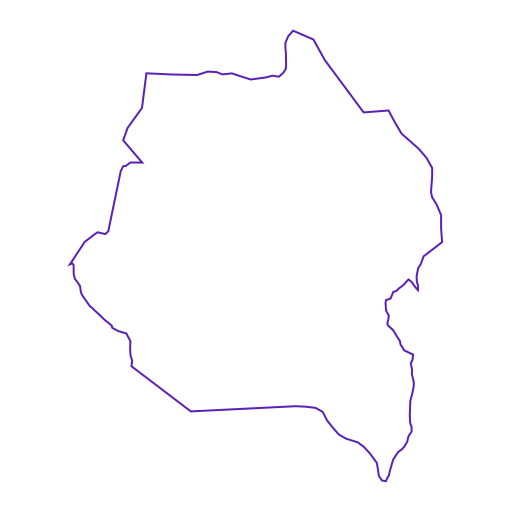 the district of Tanetze de Zaragoza, Oaxaca, Mexico
{"feature_id": "50627088B89578297577664", "entity_name": "Tanetze de Zaragoza", "entity_type": "district", "adm_level": 2, "iso_a3": "MEX", "parent_name": "Mexico", "parent_adm1": "Oaxaca", "projection": "albers", "projection_center": [-96.29, 17.383], "detail": "fine", "context": "isolated", "style": "outline", "palette": "violet", "viewbox_px": 512, "rotation_deg": 0, "n_neighbors": 0, "source": "geoboundaries", "source_scale": "gbopen_adm2", "svg_char_len": 1864}
<svg xmlns="http://www.w3.org/2000/svg" viewBox="0 0 512 512"><path d="M442.1,242.1L441.1,228.4L441.1,215.1L436.6,204.5L432.1,197.2L431.0,192.1L432.1,177.5L432.2,168.1L426.6,158.0L418.7,148.8L401.6,133.7L394.6,121.9L388.6,110.5L363.6,112.4L325.2,60.6L325.0,60.4L313.4,39.5L293.1,30.7L288.3,36.1L285.4,42.7L285.4,47.5L285.9,53.6L286.1,64.6L285.9,68.6L283.3,72.8L278.9,76.7L272.6,75.7L266.1,77.4L250.7,79.5L242.2,76.8L231.9,73.4L222.4,74.4L216.7,72.1L207.7,71.6L197.1,75.0L172.2,74.5L146.4,73.3L142.0,107.9L127.6,127.9L123.2,140.3L142.2,162.6L130.5,162.5L125.8,165.9L123.1,166.3L120.7,171.3L108.3,231.2L105.3,234.1L97.7,232.3L94.4,234.4L84.7,241.9L69.9,264.4L72.3,263.4L73.6,265.0L73.7,273.9L74.9,278.9L77.6,282.4L80.0,286.0L81.0,292.6L82.8,296.2L89.9,306.2L92.0,307.7L94.3,310.1L98.8,314.2L104.5,319.7L108.4,322.9L111.7,325.6L112.2,327.7L118.3,331.1L126.3,333.4L130.4,341.2L130.4,341.6L130.1,348.4L130.5,355.5L132.2,360.7L131.5,366.3L190.8,411.4L295.6,406.2L305.7,406.7L315.6,407.9L322.7,411.9L327.2,420.6L333.1,428.0L338.9,434.6L346.2,438.7L357.9,442.4L364.0,447.0L369.7,453.2L376.8,462.8L378.0,469.7L378.8,475.6L381.7,480.3L385.7,481.3L387.6,477.5L389.0,475.2L389.8,471.2L392.0,463.5L393.2,459.5L398.1,452.1L401.7,449.4L404.4,446.5L407.3,441.5L408.5,436.2L411.7,431.5L411.5,426.5L410.6,424.5L410.1,422.5L409.8,415.3L410.3,401.0L412.5,392.6L413.8,385.5L413.8,382.1L411.9,374.3L412.1,370.0L410.8,363.1L412.6,359.7L413.0,354.5L404.2,350.4L402.6,347.5L400.6,344.7L399.8,340.8L396.6,336.0L395.5,334.0L392.9,329.9L388.1,325.6L387.3,323.7L388.4,318.9L388.8,315.5L386.1,310.7L385.5,302.8L386.1,300.0L390.5,298.6L393.3,291.9L396.5,290.9L398.7,288.6L403.9,284.6L406.4,281.6L408.5,279.5L409.1,279.8L412.1,282.5L415.1,286.9L417.9,290.1L418.1,285.9L416.9,281.9L416.6,276.3L418.1,268.4L420.7,264.2L423.6,256.3L442.1,242.1Z" fill="none" stroke="#5b21b6" stroke-width="2"/></svg>